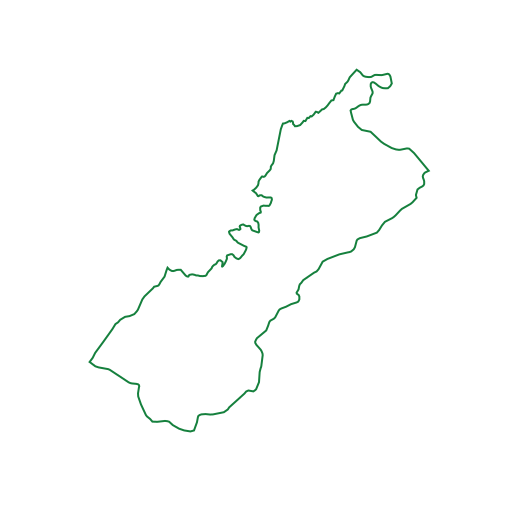 SVG path tracing the border of Lima, rotated 73°
{"feature_id": "PER-591", "entity_name": "Lima", "entity_type": "Department", "adm_level": 1, "iso_a3": "PER", "parent_name": "Peru", "parent_adm1": "", "projection": "mercator", "projection_center": [-76.872, -11.804], "detail": "fine", "context": "isolated", "style": "outline", "palette": "green", "viewbox_px": 512, "rotation_deg": 73, "n_neighbors": 0, "source": "natural_earth", "source_scale": "10m", "svg_char_len": 5600}
<svg xmlns="http://www.w3.org/2000/svg" viewBox="0 0 512 512"><g transform="rotate(73 256 256)"><path d="M308.7,446.1L305.6,441.9L301.6,438.1L293.8,427.6L284.0,414.8L280.0,410.3L279.1,407.3L277.3,404.5L275.9,399.0L276.5,394.5L276.0,389.4L274.0,386.1L272.8,384.6L264.3,377.4L262.0,374.4L256.8,364.1L255.6,362.4L255.8,359.0L255.7,357.9L254.7,356.6L252.8,354.7L249.0,349.5L243.6,345.8L241.3,344.0L242.1,343.6L243.0,343.2L244.0,342.5L245.6,341.0L246.2,339.6L246.3,338.1L246.2,336.8L246.2,335.4L247.2,332.0L254.1,329.0L255.1,328.2L255.6,327.5L255.9,326.9L255.8,326.5L255.3,326.2L254.9,325.7L254.6,325.2L254.8,323.0L255.1,321.8L255.6,321.1L256.1,320.1L256.7,319.5L257.2,318.6L257.6,317.3L258.8,315.4L259.8,312.5L259.9,311.4L260.2,310.5L260.0,309.5L259.6,308.8L258.5,307.8L257.4,306.6L255.2,302.7L254.8,302.0L253.9,301.4L253.0,300.2L252.2,298.4L252.1,297.0L251.5,295.9L250.0,294.3L249.3,292.7L249.8,291.2L251.0,290.5L251.9,289.8L252.5,289.8L255.9,291.5L256.2,291.4L256.0,290.6L254.2,288.2L252.4,286.5L250.1,284.6L248.9,284.3L248.0,284.2L247.6,283.9L247.0,283.4L246.9,279.5L247.3,278.3L248.7,277.3L249.5,277.1L250.5,276.9L252.6,275.4L253.8,273.8L253.7,272.8L253.3,271.6L251.5,268.9L251.1,268.0L250.6,267.2L247.8,264.4L246.8,263.5L245.2,262.5L244.4,262.5L242.8,264.5L238.1,269.3L237.3,269.8L235.9,270.3L235.0,271.1L234.2,272.0L233.2,272.5L231.3,273.0L227.9,274.4L226.9,274.8L225.8,274.7L225.3,274.8L224.9,274.7L224.5,274.1L224.2,272.5L224.6,271.3L224.7,270.5L224.5,269.9L224.6,269.3L224.5,268.4L224.7,266.4L225.1,265.8L225.5,265.4L226.1,264.6L226.0,263.8L225.6,263.0L224.3,262.9L223.1,263.0L222.4,262.5L222.0,261.0L222.0,259.7L222.2,258.8L222.9,258.3L224.2,257.0L224.9,255.8L225.1,253.9L225.6,253.0L226.4,252.7L227.3,252.6L228.2,252.6L229.6,252.4L230.4,252.0L233.6,247.7L234.2,246.7L233.9,246.1L232.6,245.5L229.4,245.2L227.0,244.4L225.0,244.2L223.4,244.7L222.7,245.8L221.6,246.8L220.8,247.0L219.4,246.2L218.8,245.5L218.0,244.7L216.9,243.4L215.9,240.4L215.9,238.9L215.5,238.6L214.7,238.4L213.6,238.6L211.1,237.9L210.5,237.4L210.1,236.8L210.0,234.1L210.9,231.9L211.3,230.4L211.8,229.3L211.7,228.6L211.2,227.9L209.5,226.2L208.5,225.6L207.6,224.9L206.7,224.3L205.2,224.1L204.6,224.5L204.3,224.9L203.1,229.0L201.9,230.9L200.9,232.0L199.6,232.8L199.2,234.0L199.1,234.9L199.4,235.6L199.5,236.3L199.2,236.7L196.0,237.6L192.6,240.0L192.4,240.1L192.1,238.7L190.7,235.8L188.9,233.4L187.2,232.4L185.6,231.8L184.2,230.5L182.1,227.7L181.7,226.9L182.5,225.7L182.5,224.6L182.0,223.6L179.9,221.2L178.2,218.0L177.3,216.7L176.2,216.1L174.9,215.7L173.9,214.7L172.4,212.6L170.3,211.2L165.0,208.8L161.0,205.4L142.0,195.2L138.8,192.8L137.2,191.5L137.5,189.9L137.2,187.0L136.6,184.5L137.5,183.8L137.1,182.7L138.1,181.6L139.2,181.6L140.7,181.9L141.9,181.2L143.3,180.8L143.8,178.8L143.7,175.5L142.0,172.6L140.7,170.8L141.4,169.3L138.9,166.5L139.5,165.2L138.2,163.0L138.8,162.0L137.7,159.6L135.5,156.7L136.0,155.7L137.3,154.5L136.1,151.9L135.1,149.9L135.3,148.3L134.3,145.8L133.0,143.6L131.2,141.2L129.3,138.4L129.6,136.4L126.4,133.9L124.2,131.9L124.2,130.0L124.9,128.9L122.8,126.0L122.9,125.1L119.4,121.8L117.5,120.4L116.8,118.9L116.1,117.6L115.2,116.5L112.5,114.1L107.3,105.3L110.7,102.6L111.4,102.3L113.5,101.5L114.7,101.0L115.8,100.0L116.7,98.6L117.7,96.3L118.2,94.7L118.4,93.5L118.3,92.8L117.8,90.7L117.6,89.5L117.9,88.2L119.7,83.2L119.9,81.8L120.2,76.9L120.8,75.9L122.3,75.2L123.8,75.0L130.7,75.7L132.5,77.6L133.0,78.3L134.1,80.8L133.5,83.1L132.6,85.4L131.9,86.5L131.1,87.4L129.3,89.1L126.2,91.1L124.4,92.6L124.2,93.0L123.8,93.9L124.1,95.0L125.1,96.0L127.2,96.7L128.9,96.8L131.9,96.5L133.3,96.5L134.6,97.0L136.9,99.3L138.1,100.3L141.5,101.7L142.8,102.6L143.5,104.1L143.6,105.4L143.4,106.7L142.6,109.2L142.3,110.6L142.2,111.7L142.4,113.1L142.7,114.3L143.6,116.8L143.9,118.1L143.9,119.5L143.7,120.9L143.8,122.0L144.5,123.0L146.7,123.2L154.1,123.5L156.1,123.1L162.3,120.7L166.4,118.0L170.7,110.1L183.2,103.0L186.2,100.7L192.4,94.7L195.0,91.0L196.3,88.2L196.6,86.8L197.2,80.6L197.6,79.3L198.2,78.1L203.7,74.8L225.0,65.9L225.6,69.9L226.2,71.1L227.5,72.6L228.8,73.3L230.2,73.4L231.8,73.3L233.6,73.3L236.3,74.1L237.5,75.2L238.1,76.7L238.6,79.5L239.6,82.1L244.2,85.1L245.0,85.3L247.3,85.4L250.4,90.6L251.4,93.0L253.6,102.7L254.6,104.8L258.0,110.7L259.0,112.9L259.6,114.8L261.0,122.7L263.6,126.6L267.2,130.7L269.0,133.6L269.7,144.4L269.3,151.4L269.6,153.0L269.9,154.2L270.7,155.2L276.5,158.8L278.2,160.6L279.5,163.7L279.6,165.4L279.4,167.1L278.8,175.8L279.7,188.5L280.9,193.9L286.9,200.0L288.5,202.6L288.9,205.3L292.9,217.9L294.9,220.5L295.9,222.4L297.4,223.5L300.4,225.1L301.5,226.3L302.9,227.9L303.9,228.0L305.8,226.6L307.4,226.4L310.1,227.2L311.3,228.2L312.1,229.3L312.3,230.9L312.3,236.5L313.3,242.1L313.6,247.1L314.0,249.0L314.8,250.2L320.3,255.6L321.2,257.3L322.0,261.1L322.8,262.3L323.8,263.1L326.1,264.7L330.2,268.0L334.8,279.0L336.0,280.4L337.8,281.9L339.0,282.1L341.1,281.6L347.0,278.9L348.7,278.5L351.2,278.3L352.8,278.6L362.6,283.0L363.7,283.6L364.7,284.4L368.0,286.4L377.5,290.0L383.4,294.8L384.0,295.9L384.7,298.1L382.4,302.6L382.7,305.0L384.2,307.3L392.9,325.9L394.5,327.8L396.0,332.4L394.9,343.5L394.2,346.2L392.4,350.5L391.5,354.5L391.6,356.5L392.2,358.0L393.2,358.7L397.8,361.1L404.7,366.3L404.6,370.0L401.8,375.7L398.6,380.1L393.4,385.0L389.1,387.5L388.1,389.0L387.1,391.3L385.7,398.9L384.1,403.5L380.9,404.9L377.5,407.2L375.8,407.8L364.2,409.4L355.9,409.7L352.9,409.0L347.1,406.2L346.6,405.8L346.4,405.8L346.0,405.7L345.2,405.7L344.2,406.3L343.3,407.8L341.6,411.9L340.8,413.3L339.6,414.7L322.1,429.1L321.0,430.4L316.5,439.1L314.5,441.9L308.7,446.1L308.7,446.1Z" fill="none" stroke="#15803d" stroke-width="2"/></g></svg>